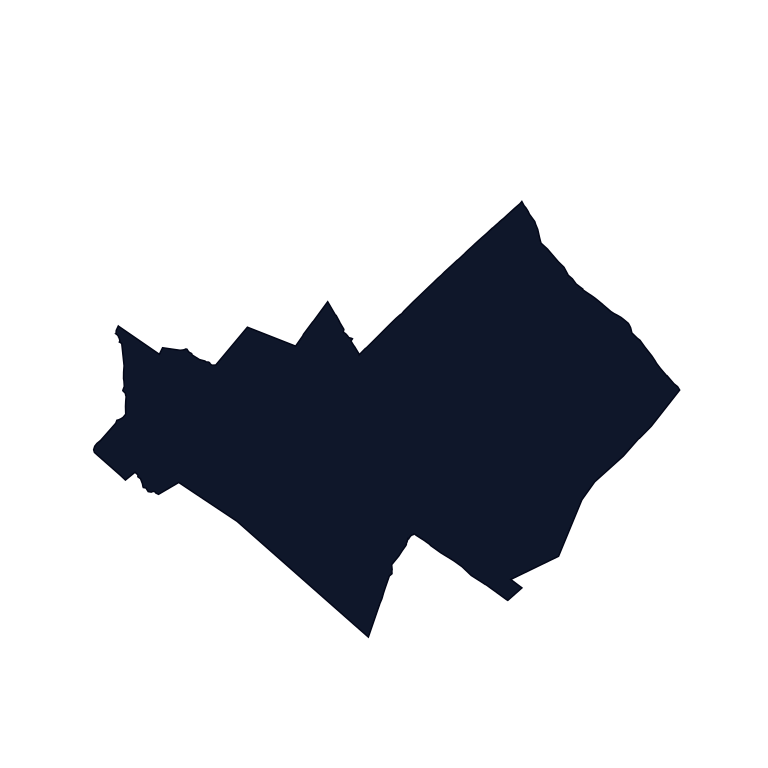 Santo Domingo Ingenio, Oaxaca, Mexico, rotated 210°
{"feature_id": "50627088B8466826145591", "entity_name": "Santo Domingo Ingenio", "entity_type": "district", "adm_level": 2, "iso_a3": "MEX", "parent_name": "Mexico", "parent_adm1": "Oaxaca", "projection": "albers", "projection_center": [-94.713, 16.571], "detail": "fine", "context": "isolated", "style": "filled", "palette": "ink", "viewbox_px": 768, "rotation_deg": 210, "n_neighbors": 0, "source": "geoboundaries", "source_scale": "gbopen_adm2", "svg_char_len": 3591}
<svg xmlns="http://www.w3.org/2000/svg" viewBox="0 0 768 768"><g transform="rotate(210 384 384)"><path d="M597.2,219.1L596.7,215.9L601.2,193.5L602.9,189.0L603.4,185.5L602.6,181.9L602.3,181.6L600.5,179.9L584.6,176.7L567.0,173.2L559.9,171.5L555.5,183.1L555.3,183.0L551.8,182.3L551.3,181.6L550.8,180.6L548.3,180.3L547.6,180.3L543.3,176.8L541.7,174.9L540.7,174.0L538.2,174.9L534.4,172.9L531.5,174.0L530.3,175.5L528.7,176.2L527.3,175.5L524.1,175.7L512.5,196.1L493.0,194.8L442.7,191.6L289.6,160.7L271.0,157.0L277.1,188.2L277.4,190.0L277.8,191.7L278.4,196.7L278.7,198.1L279.8,202.3L280.8,207.0L283.4,220.5L283.0,221.4L282.2,223.7L283.9,226.4L284.0,227.1L287.0,231.4L285.2,242.3L284.9,248.6L284.3,254.9L284.4,256.2L284.7,256.4L284.9,257.0L285.0,258.2L285.9,262.2L285.2,262.2L285.2,263.6L284.9,265.9L284.1,267.4L283.5,267.9L283.2,268.9L282.9,269.3L279.8,269.0L279.2,269.0L273.3,268.7L273.2,268.7L273.2,268.8L264.6,268.0L262.7,267.4L258.4,267.0L250.3,266.2L235.4,265.8L225.1,264.8L212.7,261.8L199.0,261.2L196.0,261.0L195.6,261.2L170.0,258.5L168.6,258.5L162.6,276.4L176.5,278.1L146.7,322.1L154.6,381.7L154.7,382.9L152.6,404.6L140.7,441.2L136.1,464.2L135.7,464.5L131.4,481.1L124.9,526.6L128.4,528.5L133.1,529.2L143.0,532.7L143.2,532.4L149.4,534.6L152.7,535.8L155.8,537.1L158.4,538.2L160.8,539.6L166.0,542.2L176.5,546.4L184.2,549.9L187.5,550.3L194.9,552.2L195.0,552.3L198.5,556.0L200.4,557.3L202.7,558.7L209.1,559.8L212.1,560.2L216.5,560.2L220.4,560.0L221.2,560.1L223.6,560.2L234.4,562.2L234.5,562.3L237.0,562.7L241.8,563.5L244.5,563.9L248.7,564.3L250.9,564.4L252.2,564.5L254.0,564.6L259.1,565.0L259.2,565.6L267.6,566.7L273.5,569.3L278.9,570.3L280.2,571.2L286.5,575.1L294.0,577.0L309.1,582.3L309.4,582.5L318.4,584.5L320.0,586.0L322.7,588.8L328.2,594.8L332.5,598.1L334.7,600.1L342.9,603.7L345.4,605.5L349.1,607.5L351.9,608.5L355.9,611.0L356.4,608.1L358.7,601.6L362.6,589.3L362.6,589.0L363.9,585.4L364.0,585.3L364.2,584.7L365.2,581.8L365.1,581.5L365.2,581.4L366.5,577.7L367.9,573.4L368.1,573.3L370.6,565.0L372.3,560.1L372.5,559.5L372.7,558.9L373.1,557.5L373.2,557.4L375.6,549.9L375.6,549.7L378.1,541.8L379.2,538.1L379.2,537.6L379.4,536.9L379.7,536.1L380.9,532.1L381.7,529.6L381.9,528.9L382.4,527.9L382.6,527.4L384.0,522.7L387.6,511.3L387.7,510.9L388.7,507.0L390.2,502.7L391.6,497.8L391.6,497.6L392.5,494.6L393.4,491.6L393.5,491.3L395.0,486.1L397.8,476.4L398.6,473.7L399.7,470.0L403.2,457.0L403.8,453.4L404.5,452.4L406.4,446.8L408.4,439.7L410.8,430.8L412.2,425.5L413.5,420.6L413.7,419.9L415.2,414.3L417.4,406.3L417.9,405.5L419.9,397.7L420.0,397.5L420.1,397.0L420.4,397.4L428.6,401.9L429.0,401.9L434.1,404.7L433.9,407.4L434.7,407.4L437.6,406.6L438.9,407.1L439.6,407.5L442.5,408.4L445.1,408.5L446.1,411.3L453.8,415.6L453.8,415.8L459.8,419.5L460.2,419.3L460.3,419.3L473.9,427.1L475.4,413.4L476.5,403.2L476.6,402.7L476.8,402.0L478.6,386.7L478.4,385.3L479.5,372.6L530.7,364.9L539.2,316.3L542.0,314.5L542.9,314.2L545.0,314.7L545.6,315.2L546.8,315.3L549.2,314.1L550.5,314.4L556.0,312.9L564.6,313.2L565.7,314.1L566.6,314.2L568.3,314.0L570.6,314.8L571.9,315.6L573.1,315.3L573.9,314.2L574.8,313.2L577.4,311.3L584.6,308.4L593.9,304.7L593.4,297.4L642.6,301.3L643.1,301.4L642.7,296.6L641.9,294.9L641.2,293.5L641.3,293.4L639.6,293.2L638.1,292.7L637.5,292.0L637.0,291.9L635.3,290.4L634.2,289.1L634.3,288.9L634.2,288.0L632.7,288.1L631.2,287.7L618.2,269.8L615.5,264.2L612.2,258.3L610.8,256.7L607.7,252.0L607.3,249.5L607.0,247.9L606.8,247.6L603.3,246.6L602.2,245.2L601.0,244.1L599.2,240.2L596.7,235.4L592.6,228.7L593.3,224.6L594.5,222.3L595.9,220.3L597.2,219.1Z" fill="#0f172a" stroke="#020617" stroke-width="1.5"/></g></svg>